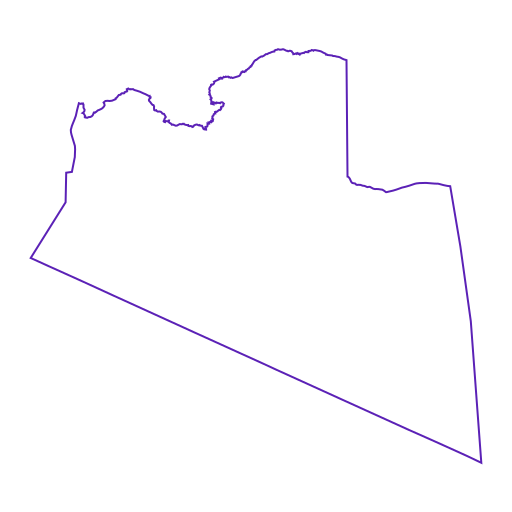 the district of Vaisigano East, Gaga'ifomauga, Samoa
{"feature_id": "51752279B23557786171080", "entity_name": "Vaisigano East", "entity_type": "district", "adm_level": 2, "iso_a3": "WSM", "parent_name": "Samoa", "parent_adm1": "Gaga'ifomauga", "projection": "albers", "projection_center": [-172.632, -13.561], "detail": "fine", "context": "isolated", "style": "outline", "palette": "violet", "viewbox_px": 512, "rotation_deg": 0, "n_neighbors": 0, "source": "geoboundaries", "source_scale": "gbopen_adm2", "svg_char_len": 4551}
<svg xmlns="http://www.w3.org/2000/svg" viewBox="0 0 512 512"><path d="M346.5,60.1L344.0,59.4L342.4,58.7L339.9,57.3L338.6,56.9L336.7,56.6L334.9,56.1L333.0,56.0L332.2,55.5L327.5,55.0L326.9,54.5L326.1,54.7L325.6,53.7L323.2,52.6L321.3,51.5L319.7,51.0L315.3,50.1L314.1,50.1L313.4,50.7L312.9,50.3L311.7,50.0L310.7,50.8L308.5,51.0L308.4,52.2L306.9,52.2L305.9,51.8L304.9,52.2L304.0,53.0L303.6,52.8L300.3,53.7L299.8,54.5L299.1,53.7L298.4,54.0L297.7,53.1L296.7,53.9L296.2,53.3L294.7,54.0L293.3,54.2L293.2,53.2L292.4,52.5L291.6,51.2L289.9,50.7L288.1,51.3L287.3,50.8L286.5,50.8L284.2,49.6L283.0,49.2L281.4,49.6L279.8,49.7L278.0,49.2L277.0,49.8L275.8,49.9L274.6,50.5L274.4,51.5L272.8,51.7L271.3,52.2L270.4,52.7L268.7,53.2L267.2,54.1L266.0,54.1L263.9,55.7L262.1,56.6L261.3,56.4L258.8,57.9L256.2,60.0L255.6,60.0L254.2,61.3L252.4,64.3L251.9,64.8L251.7,65.7L250.7,66.1L250.6,66.9L249.5,67.4L248.7,68.6L248.0,68.8L246.9,69.9L246.2,70.0L245.7,71.3L244.5,71.3L244.3,72.0L243.6,71.9L242.6,71.5L242.4,72.1L241.5,72.1L241.2,73.0L240.7,73.5L240.4,74.6L239.4,75.8L238.5,76.2L232.6,78.0L231.4,77.4L230.7,77.8L229.5,77.1L229.0,77.4L228.2,76.6L226.7,76.9L225.8,76.6L225.6,76.9L224.3,77.2L223.7,76.9L223.4,77.4L222.3,77.9L222.2,78.6L221.6,78.6L221.4,77.9L220.7,77.6L219.0,78.3L219.4,79.2L214.2,81.6L214.5,81.9L213.9,83.6L212.6,84.7L211.5,84.5L211.0,84.9L211.0,85.8L209.7,87.6L209.2,89.1L209.8,90.5L209.3,92.4L209.7,93.1L209.8,94.0L209.3,94.6L210.2,95.2L210.6,96.2L210.5,96.9L211.6,97.9L211.6,98.3L210.5,99.3L211.3,100.2L211.3,101.0L211.4,102.0L211.1,103.7L213.7,104.4L213.7,104.0L212.0,103.8L212.3,102.1L213.4,102.2L213.9,102.7L214.9,102.6L215.9,103.4L216.7,102.5L217.9,103.0L218.9,102.8L220.1,103.2L220.5,102.6L221.5,102.3L222.5,102.4L223.9,103.7L223.3,104.8L223.4,105.6L222.7,106.5L221.2,106.8L220.9,107.7L221.3,108.3L220.8,109.4L220.0,110.1L219.3,109.8L216.6,111.9L215.6,111.7L215.0,112.0L215.3,113.5L214.6,113.6L213.7,114.3L213.5,115.5L212.4,116.4L212.5,117.3L212.2,118.3L213.2,119.2L212.8,120.9L211.3,120.5L211.1,120.8L212.0,121.5L211.3,122.3L209.9,122.0L209.6,122.4L208.7,122.4L209.1,123.7L208.1,123.9L207.5,123.6L207.5,125.9L206.9,126.7L205.4,126.9L205.3,128.0L206.1,128.8L206.1,129.6L205.2,129.5L204.1,129.3L203.5,128.9L202.0,125.8L200.0,125.6L199.6,125.0L198.6,125.3L196.9,124.5L195.7,124.7L194.2,125.3L193.2,126.7L192.3,127.0L191.9,126.3L190.4,126.0L189.8,126.2L188.4,125.9L188.2,125.0L187.3,125.1L185.9,124.9L184.1,124.3L183.9,123.8L182.6,123.8L181.9,124.3L179.7,124.1L176.9,125.6L175.7,125.7L172.8,124.5L171.9,124.8L170.8,123.5L169.6,122.9L168.7,122.0L169.0,120.5L168.6,120.5L168.1,121.6L167.5,121.3L165.2,121.0L165.0,122.1L164.2,121.9L163.6,121.2L164.5,119.4L164.6,118.7L165.8,117.0L164.0,113.9L162.4,113.6L161.8,112.7L160.8,111.8L159.6,111.5L157.8,111.6L156.6,110.9L156.2,110.2L155.1,110.5L154.2,110.0L154.0,108.0L154.1,106.4L153.5,105.1L152.5,104.9L151.1,103.3L150.7,102.6L149.0,100.7L148.9,99.8L149.5,98.7L150.4,98.1L150.6,97.2L149.6,96.8L149.6,95.9L149.0,96.0L145.3,94.1L143.5,93.4L140.1,91.8L136.8,90.7L134.3,90.0L133.0,89.1L131.9,89.3L130.7,89.1L130.2,89.4L128.9,89.0L128.3,88.5L126.8,89.2L127.3,90.9L126.7,91.6L126.0,91.6L124.6,92.2L124.3,93.2L123.2,93.4L122.1,93.2L121.1,93.8L120.6,94.7L118.8,95.0L116.7,97.7L115.6,98.4L115.6,99.2L112.0,100.7L109.6,101.0L107.5,100.8L105.4,101.0L103.6,102.5L104.4,104.0L104.6,105.3L103.9,106.6L102.4,108.2L101.3,108.9L99.2,109.9L97.8,110.4L96.0,112.0L95.1,112.2L94.8,112.8L93.8,112.6L93.2,114.2L92.7,115.3L91.7,116.3L90.3,117.0L88.7,117.1L87.2,117.8L85.0,117.4L84.7,117.0L85.2,116.1L84.0,114.0L83.5,113.3L82.6,113.0L83.5,112.3L84.3,111.3L84.6,109.8L83.5,107.7L83.5,104.6L82.9,103.4L82.1,103.8L81.6,103.5L80.6,103.9L78.9,103.2L77.1,110.0L76.5,112.8L75.8,115.9L74.2,120.2L73.2,122.6L71.9,125.9L70.8,129.9L71.0,132.5L71.6,135.0L74.9,145.9L75.1,149.4L74.8,157.1L71.9,171.9L66.2,172.7L65.6,202.3L30.7,258.0L48.3,266.0L68.3,275.0L82.7,281.5L113.7,295.7L194.3,332.4L239.7,353.0L263.3,363.7L276.7,369.9L342.1,399.6L409.3,430.1L430.3,439.4L443.9,445.5L467.5,456.2L481.3,462.8L470.8,321.2L460.4,246.6L450.2,186.2L447.3,185.9L443.5,185.1L439.4,184.0L438.1,183.7L434.7,183.6L425.9,182.9L419.5,183.1L416.6,183.4L414.8,183.8L409.2,185.7L405.4,186.8L402.0,187.6L396.4,189.6L393.1,190.6L386.7,192.1L385.9,192.1L384.2,190.8L382.4,189.7L378.3,189.1L376.0,189.0L375.1,189.1L373.3,188.7L370.0,186.9L369.3,186.8L367.3,187.1L364.5,185.9L362.7,185.7L360.5,184.9L358.4,184.8L357.2,184.9L356.3,184.7L355.1,183.5L352.3,183.0L351.2,181.8L349.9,178.9L349.1,177.7L348.3,176.9L347.5,176.6L346.5,60.1Z" fill="none" stroke="#5b21b6" stroke-width="2"/></svg>